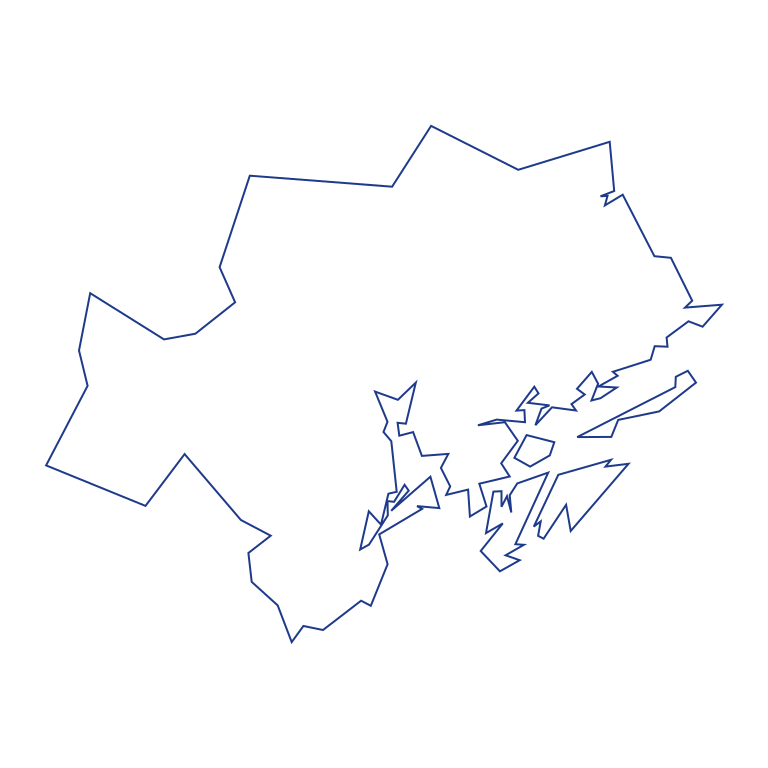 Tvedestrand nor, Aust-Agder, Norway
{"feature_id": "86288312B79556045752597", "entity_name": "Tvedestrand nor", "entity_type": "district", "adm_level": 2, "iso_a3": "NOR", "parent_name": "Norway", "parent_adm1": "Aust-Agder", "projection": "mercator", "projection_center": [9.012, 58.625], "detail": "medium", "context": "isolated", "style": "outline", "palette": "blue", "viewbox_px": 768, "rotation_deg": 0, "n_neighbors": 0, "source": "geoboundaries", "source_scale": "gbopen_adm2", "svg_char_len": 1927}
<svg xmlns="http://www.w3.org/2000/svg" viewBox="0 0 768 768"><path d="M614.2,191.0L609.7,141.8L518.2,169.8L431.1,125.9L392.1,186.7L249.8,175.7L219.6,267.2L235.1,302.3L195.4,333.7L164.0,339.4L90.2,293.2L79.0,350.5L87.6,385.8L46.1,465.4L145.5,505.9L184.6,454.1L240.9,520.0L270.7,535.7L248.4,553.0L251.7,581.9L277.7,605.4L291.7,642.1L303.4,626.0L323.0,630.0L361.1,600.7L370.8,605.8L387.6,564.2L379.2,534.4L422.1,508.9L417.0,506.1L439.3,508.1L430.4,476.7L391.2,510.8L408.7,490.7L404.6,484.8L394.1,501.8L387.5,501.1L387.8,515.4L369.0,544.6L360.2,549.5L368.8,511.3L381.0,524.6L388.4,493.7L396.7,491.8L391.3,441.2L383.5,432.0L387.5,421.8L375.1,391.6L397.9,399.8L415.8,382.6L405.9,423.7L397.6,422.8L399.3,435.7L413.1,432.1L421.9,455.9L448.3,453.9L440.9,467.9L450.2,486.4L446.2,494.9L468.1,489.6L469.9,516.5L486.5,506.5L479.3,483.7L509.7,476.5L501.2,463.3L517.8,440.8L504.9,422.2L477.9,425.3L496.7,419.6L525.0,422.2L524.4,410.1L516.5,410.6L534.3,386.7L538.5,393.4L527.9,402.8L549.5,405.4L541.5,408.6L535.4,425.2L552.0,407.3L576.0,410.5L571.5,404.1L584.7,394.5L577.0,388.8L591.8,371.9L598.1,383.7L591.5,400.5L600.5,398.2L616.8,387.5L598.5,386.5L617.6,375.8L612.9,371.8L650.7,359.7L654.7,346.2L667.5,346.7L666.6,337.5L688.5,321.3L702.6,326.7L721.9,304.7L685.0,307.6L692.2,300.7L670.9,257.8L654.4,256.2L622.7,194.7L604.9,205.4L607.5,195.9L600.5,196.3L614.2,191.0ZM611.0,459.8L558.3,474.8L533.8,526.6L540.7,521.4L538.1,535.8L543.6,538.7L566.1,504.8L570.7,531.0L628.5,463.8L605.5,466.6L611.0,459.8ZM548.2,472.6L517.3,483.4L509.7,495.2L511.3,512.5L507.0,496.2L501.5,506.8L501.5,491.2L493.4,491.6L486.0,533.1L502.8,523.4L480.7,551.0L499.9,571.3L519.7,560.2L505.6,555.3L523.9,544.8L515.4,544.2L548.2,472.6ZM687.8,370.8L675.8,376.8L675.3,387.1L577.2,437.1L611.3,436.9L618.2,419.9L659.2,411.4L696.0,382.6L687.8,370.8ZM554.3,442.2L526.6,435.1L514.4,457.8L530.1,466.6L549.8,455.4L554.3,442.2Z" fill="none" stroke="#1e3a8a" stroke-width="2"/></svg>